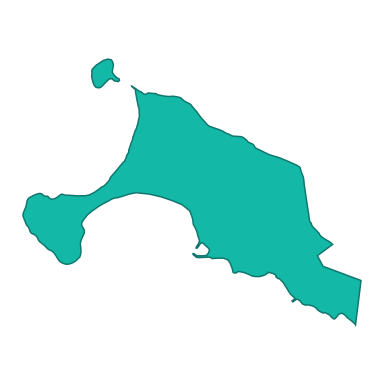 outline of Seltjarnarnesbær, Reykjavík, Iceland
{"feature_id": "244011B41148599816454", "entity_name": "Seltjarnarnesbær", "entity_type": "district", "adm_level": 2, "iso_a3": "ISL", "parent_name": "Iceland", "parent_adm1": "Reykjavík", "projection": "mercator", "projection_center": [-22.008, 64.155], "detail": "fine", "context": "isolated", "style": "filled", "palette": "teal", "viewbox_px": 384, "rotation_deg": 0, "n_neighbors": 0, "source": "geoboundaries", "source_scale": "gbopen_adm2", "svg_char_len": 5268}
<svg xmlns="http://www.w3.org/2000/svg" viewBox="0 0 384 384"><path d="M332.6,244.4L330.7,242.7L328.3,241.0L326.7,240.2L323.5,238.2L320.9,236.3L319.8,234.9L319.4,233.9L318.8,233.0L312.6,226.6L311.7,225.0L311.3,223.2L310.4,222.3L309.9,221.6L309.5,220.3L308.6,213.9L307.3,205.3L304.1,184.0L303.9,180.8L303.6,178.5L303.2,176.8L301.2,171.7L300.1,167.7L299.3,166.8L296.7,165.2L293.3,163.7L289.1,161.8L285.3,160.2L279.8,157.9L273.2,155.9L269.1,154.6L263.9,152.1L259.3,149.8L256.2,148.4L255.4,147.9L254.7,146.9L254.4,146.1L253.3,144.7L252.6,144.1L250.5,143.1L248.7,142.4L248.1,142.1L247.4,141.0L245.7,139.4L243.4,137.6L242.3,137.1L240.7,136.6L234.6,136.2L234.0,136.2L232.9,136.1L231.5,135.6L230.5,135.0L229.8,134.6L229.1,134.3L228.0,133.9L226.5,133.4L225.6,132.9L223.9,131.9L223.0,131.3L219.0,129.6L215.7,128.5L209.8,126.4L207.7,125.1L200.9,117.5L196.9,112.0L192.2,106.5L191.0,104.8L190.3,104.2L189.4,103.6L187.0,102.5L185.5,101.7L183.6,100.5L182.1,99.1L181.1,98.1L180.2,97.6L178.3,97.1L175.5,96.6L173.7,96.3L171.8,96.3L171.6,96.3L168.9,96.5L164.4,96.1L159.3,95.1L157.1,94.6L156.7,94.1L156.3,93.7L155.3,93.5L153.9,93.5L152.0,93.4L149.1,93.0L148.7,93.0L147.9,93.0L147.7,93.1L147.0,93.8L146.5,94.1L145.4,94.2L144.2,94.1L143.5,93.7L142.5,93.0L141.9,92.5L141.2,91.9L139.0,91.0L132.2,86.3L131.6,86.1L131.7,86.5L135.3,89.4L135.6,92.1L136.7,98.5L138.2,106.2L139.0,108.4L139.1,110.1L139.2,112.8L139.4,115.5L139.4,116.5L138.8,118.8L138.7,119.1L137.7,124.4L137.3,125.1L136.6,127.8L135.9,129.6L134.9,131.4L133.5,135.9L132.8,137.5L132.4,140.1L131.3,142.7L130.3,145.5L129.6,147.7L129.3,148.6L128.8,150.1L128.7,151.9L128.5,152.6L128.0,153.3L127.2,154.7L126.6,155.7L125.8,158.7L124.4,161.4L123.4,162.1L122.4,163.3L121.0,164.9L120.9,165.0L117.9,168.8L113.3,174.1L110.5,177.3L110.0,178.6L109.7,179.7L107.6,182.3L105.2,184.9L103.2,186.5L102.1,186.7L98.8,189.3L95.6,191.5L94.0,192.6L89.3,194.9L84.9,195.8L82.5,195.7L77.5,195.9L71.6,195.4L65.0,195.1L63.2,194.5L62.8,194.4L61.5,194.2L60.6,194.6L59.5,195.5L57.9,196.7L57.2,197.3L55.0,198.5L53.2,199.1L51.6,199.1L50.1,198.7L49.4,198.1L48.7,197.3L48.0,196.4L47.2,196.2L46.3,196.3L44.7,196.1L44.2,195.8L43.4,195.4L41.7,193.9L40.4,193.5L39.2,193.5L37.0,194.0L33.2,195.6L29.0,197.9L27.8,199.3L27.1,200.9L26.6,203.4L26.0,206.4L25.2,208.5L23.7,212.0L23.1,213.5L23.0,215.8L23.3,216.9L26.1,224.0L26.8,225.3L28.2,226.9L28.5,227.3L28.6,227.5L29.3,229.0L30.0,231.3L30.9,232.8L31.7,233.4L33.3,234.1L35.4,235.3L36.7,236.5L37.6,238.1L38.4,240.1L39.0,240.9L40.3,242.2L42.9,244.2L44.6,245.7L46.2,247.3L47.3,248.5L48.6,249.6L50.4,250.3L51.9,251.1L53.2,252.1L54.3,253.3L55.7,255.3L58.0,259.1L59.2,260.8L60.4,261.9L61.9,262.8L63.5,263.5L65.8,264.2L67.8,264.2L69.6,263.9L70.9,263.5L73.3,262.5L75.7,260.9L75.8,260.8L76.2,260.5L78.7,258.1L79.9,256.8L80.4,255.1L80.9,253.0L80.9,250.3L80.9,248.5L80.4,244.4L80.6,242.1L81.3,239.8L81.6,239.1L84.2,233.2L84.4,231.4L84.3,230.4L84.2,230.0L83.7,229.0L81.9,225.8L81.7,224.5L81.9,222.7L82.8,221.0L84.9,217.9L87.7,214.7L92.1,211.0L98.9,206.2L100.8,205.1L105.4,202.5L108.3,201.1L109.2,200.6L110.8,199.6L112.9,198.6L114.5,198.1L117.4,197.7L120.5,196.9L129.6,194.0L132.6,193.4L136.1,192.7L149.2,194.1L161.3,196.9L171.9,200.5L182.1,204.7L188.5,209.8L189.7,210.8L190.5,212.9L191.4,215.2L192.3,217.8L192.9,220.7L193.2,224.1L194.6,226.7L195.8,229.1L197.2,232.7L197.6,234.9L198.7,238.3L199.5,240.7L199.6,240.9L199.3,241.7L198.5,243.6L196.1,247.4L196.2,248.2L196.6,248.2L197.4,248.0L200.9,242.9L202.4,243.1L203.8,243.7L205.1,245.2L208.1,247.8L209.4,249.4L209.4,250.1L208.5,252.9L207.9,253.8L206.9,254.6L206.8,255.4L202.3,255.8L197.0,255.8L196.4,255.6L194.0,253.6L193.1,253.6L192.9,253.9L193.2,254.7L196.6,257.4L199.3,257.6L209.9,257.1L211.4,258.1L212.6,258.6L214.8,258.3L217.7,258.2L221.2,258.1L223.4,258.2L227.6,259.7L229.7,262.4L230.8,264.8L232.3,268.9L233.1,272.5L234.3,273.0L236.3,272.9L237.6,271.9L238.3,271.5L242.1,272.1L244.8,272.8L248.8,274.4L251.8,275.9L254.8,276.5L259.5,276.6L262.5,275.8L265.4,274.7L267.7,273.0L268.0,272.3L272.5,273.3L275.4,274.9L276.4,275.9L276.3,276.0L276.0,276.3L275.9,276.8L278.0,278.6L278.4,278.6L279.1,278.4L280.2,279.5L282.1,281.4L283.4,282.8L284.2,284.1L287.1,288.8L289.2,292.2L290.5,294.2L293.4,296.8L293.6,296.9L295.0,298.5L292.0,301.0L292.8,301.9L296.2,299.5L296.5,299.3L298.2,299.5L299.2,300.3L299.9,300.8L300.8,301.8L302.3,303.8L302.9,304.2L304.1,304.6L305.6,305.1L307.0,305.0L307.3,305.0L308.6,305.0L311.6,305.7L313.6,306.4L315.0,307.3L316.4,308.2L316.9,308.7L317.1,309.4L317.9,310.1L319.9,311.5L321.7,312.4L322.6,312.8L323.6,313.0L324.3,312.7L325.1,312.7L326.0,313.0L327.3,313.8L328.5,314.3L330.3,315.5L330.7,316.3L330.9,316.7L333.4,318.7L334.1,319.0L334.6,318.9L336.1,317.6L337.7,315.6L338.9,314.1L339.5,313.9L340.2,313.8L340.8,313.4L341.5,313.3L342.5,313.5L344.8,314.9L346.3,316.6L347.2,317.6L349.6,319.4L353.0,322.1L355.0,324.1L355.5,324.9L357.9,305.9L361.0,280.5L323.0,266.3L317.4,255.7L332.6,244.4ZM116.4,77.4L114.6,75.7L112.6,73.0L112.3,71.1L113.0,67.7L113.4,64.8L112.5,61.6L111.1,59.7L107.8,59.1L103.1,60.6L96.4,65.0L92.3,69.2L91.8,70.6L91.9,72.6L91.7,76.9L92.8,81.7L94.1,85.1L95.7,87.1L97.8,87.8L100.1,87.6L102.0,86.3L103.9,84.2L108.3,79.8L110.0,78.8L110.3,78.6L112.1,79.0L114.4,80.9L118.3,81.6L119.5,80.5L119.2,79.0L116.4,77.4Z" fill="#14b8a6" stroke="#0f766e" stroke-width="1.5"/></svg>